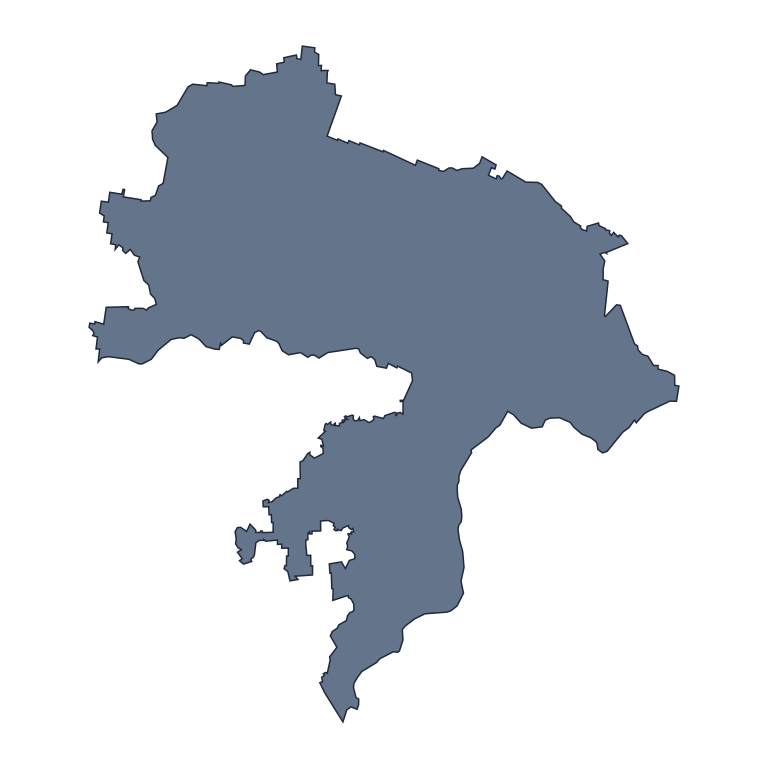 outline of Espinal, Veracruz, Mexico
{"feature_id": "50627088B15670819886365", "entity_name": "Espinal", "entity_type": "district", "adm_level": 2, "iso_a3": "MEX", "parent_name": "Mexico", "parent_adm1": "Veracruz", "projection": "robinson", "projection_center": [-97.51, 20.255], "detail": "fine", "context": "isolated", "style": "filled", "palette": "slate", "viewbox_px": 768, "rotation_deg": 0, "n_neighbors": 0, "source": "geoboundaries", "source_scale": "gbopen_adm2", "svg_char_len": 6086}
<svg xmlns="http://www.w3.org/2000/svg" viewBox="0 0 768 768"><path d="M676.5,401.3L678.9,386.1L674.8,385.3L674.6,375.3L667.2,371.3L658.0,369.1L658.1,365.5L653.6,365.5L647.9,356.2L642.4,354.5L638.0,349.8L637.6,345.9L634.5,343.9L620.3,305.3L616.5,304.8L605.4,316.5L604.5,315.6L608.1,281.1L603.1,279.7L603.2,268.5L604.8,260.9L600.0,254.2L604.6,252.4L606.7,253.5L606.4,252.4L627.8,243.6L621.6,235.9L619.3,235.1L618.0,236.9L613.7,232.4L611.3,235.4L609.5,233.3L609.7,230.7L605.4,229.8L605.5,228.6L599.1,225.7L598.5,223.0L587.2,226.3L586.6,230.9L582.4,229.7L580.4,227.7L580.7,226.1L573.7,221.8L570.3,216.4L561.5,208.3L561.5,206.1L555.3,201.5L541.7,184.4L537.7,182.4L525.8,182.1L507.1,171.0L502.3,178.6L500.7,178.6L499.2,176.1L497.2,175.6L496.2,178.9L490.8,176.4L488.5,175.3L491.4,167.7L494.9,169.1L496.1,164.9L482.1,156.8L479.7,163.3L473.3,168.2L462.0,168.7L457.1,170.4L452.0,167.9L448.9,168.0L443.6,171.4L438.8,170.4L438.8,168.7L417.3,160.1L415.4,165.3L383.5,150.4L383.0,151.8L360.0,142.9L359.3,144.9L348.9,140.6L347.8,143.2L337.9,138.9L337.4,140.4L327.1,136.1L341.4,96.0L335.5,94.7L334.8,84.2L326.9,82.9L327.4,71.1L328.7,70.4L321.1,70.6L321.5,65.4L318.5,65.5L318.7,54.5L314.6,52.1L314.8,47.8L302.3,46.1L300.8,59.4L297.1,58.7L296.3,55.0L283.8,57.7L284.2,62.2L276.6,63.9L277.4,72.0L263.3,74.6L259.7,72.1L250.5,69.8L245.4,76.0L245.0,84.8L243.9,85.6L232.8,86.3L231.4,84.8L218.9,82.0L218.8,83.3L207.2,82.7L206.9,85.7L192.7,84.2L188.0,86.9L177.1,105.4L165.4,112.3L156.2,113.9L157.1,121.9L152.0,130.8L152.6,139.3L155.3,145.4L167.9,157.5L163.1,183.4L158.7,185.9L155.3,195.5L151.0,197.4L150.3,200.8L141.0,201.1L141.1,199.7L123.4,196.9L124.6,189.6L123.1,189.2L121.8,194.2L109.8,192.3L108.4,202.2L101.3,201.2L99.6,213.1L104.2,215.9L103.4,221.9L108.2,222.7L106.8,232.9L112.0,233.8L110.6,243.8L115.7,244.7L115.2,249.4L118.8,244.9L122.8,247.8L122.8,250.6L125.7,253.4L130.3,249.4L134.4,255.2L139.7,257.1L137.9,261.7L143.9,280.6L148.7,284.9L150.5,294.1L154.8,298.5L156.3,304.4L148.5,307.8L146.7,310.1L143.1,308.4L135.0,308.3L134.5,309.7L131.7,310.3L128.2,308.5L128.5,306.7L106.2,307.3L103.7,324.2L95.0,321.6L94.6,324.0L89.8,323.1L89.1,327.4L93.1,331.0L93.9,333.7L92.7,335.6L97.5,337.0L96.0,349.0L99.6,349.1L98.2,361.9L101.8,357.8L108.5,356.7L128.9,359.3L139.1,363.9L142.2,363.9L151.3,359.3L158.2,350.2L171.2,339.4L179.6,337.7L184.0,338.3L191.1,334.7L198.8,338.9L206.1,346.7L214.9,349.1L219.2,349.5L220.5,343.4L221.4,345.4L232.3,336.9L240.6,338.4L243.6,340.7L243.4,343.0L249.3,344.1L254.6,332.6L258.4,330.7L260.6,331.2L266.8,337.8L276.5,341.2L278.9,343.5L282.1,350.7L288.6,354.8L300.5,352.6L307.8,357.3L311.1,355.1L314.4,355.2L319.0,358.1L327.9,352.5L355.8,348.3L358.7,348.8L360.4,353.0L367.5,358.4L371.1,356.6L374.7,359.6L376.8,366.3L386.4,368.2L388.4,363.4L396.8,367.9L397.6,366.1L411.6,373.0L412.5,380.8L403.6,400.2L400.2,400.4L400.3,401.5L403.1,401.5L403.0,414.1L400.3,412.5L396.9,413.2L396.8,414.9L395.8,415.3L396.4,413.4L394.8,412.3L384.9,415.6L383.5,418.5L374.4,416.1L373.2,416.9L374.0,419.0L372.7,420.6L369.1,422.6L364.0,419.6L360.0,420.7L359.4,417.6L357.7,420.4L354.8,421.0L353.0,418.7L353.4,415.7L352.2,415.1L347.5,416.7L345.5,415.9L344.4,416.9L347.3,419.2L345.0,418.9L344.2,419.7L344.9,420.9L343.1,422.5L342.6,419.4L341.8,422.5L339.5,423.5L339.4,425.9L335.6,425.6L335.2,423.1L334.0,424.1L334.8,425.5L331.1,424.8L330.7,422.0L327.6,424.4L326.0,423.5L325.1,424.6L323.8,430.6L325.5,431.3L318.2,438.0L321.8,439.3L323.6,446.2L321.0,445.2L320.7,446.4L323.0,448.5L323.2,453.5L314.4,458.1L309.8,454.7L309.9,452.3L307.7,453.6L303.0,460.6L300.0,462.0L300.3,478.7L297.7,478.8L297.8,488.2L293.4,488.3L287.6,491.9L286.8,491.3L281.5,495.9L280.1,494.7L279.1,496.9L276.2,497.8L271.9,501.8L268.5,502.7L269.1,500.3L267.1,499.3L262.9,501.0L263.2,506.8L268.7,506.7L269.1,514.8L271.3,514.7L271.6,522.6L273.2,522.6L273.1,532.3L262.2,532.6L262.3,531.1L260.7,531.0L260.1,532.4L255.7,532.4L255.7,530.0L250.0,524.1L246.7,531.4L240.4,527.2L237.3,527.7L235.1,531.8L236.2,538.9L235.6,543.9L238.2,547.9L241.4,549.7L237.5,552.2L242.2,558.8L239.5,560.7L243.5,564.1L251.7,561.5L250.8,559.1L253.5,557.1L254.5,554.5L255.9,542.6L259.4,540.4L263.6,540.4L263.7,539.5L265.6,541.2L277.4,540.1L277.5,544.4L281.7,544.1L281.7,548.2L288.3,548.1L288.3,556.0L286.6,556.0L286.4,565.6L284.9,565.6L284.1,568.7L287.8,571.5L290.0,580.9L298.0,579.5L295.1,576.2L312.5,575.0L312.6,565.8L310.8,565.9L310.7,555.3L306.8,555.4L305.7,542.9L306.2,539.7L307.9,539.7L307.8,533.6L309.5,531.8L309.5,533.9L312.0,533.9L312.0,531.2L320.7,530.9L320.6,521.0L328.4,520.5L333.9,523.2L333.3,525.7L335.1,527.2L334.0,529.6L335.6,530.7L337.6,530.6L337.4,529.4L341.1,530.6L343.0,527.9L348.4,525.6L348.9,527.8L351.4,529.5L352.8,528.5L353.8,531.9L351.8,531.7L350.8,532.7L351.4,533.9L347.9,533.9L349.3,536.9L346.7,543.2L347.7,546.4L346.7,549.6L352.0,551.0L354.7,554.3L354.8,558.7L349.3,560.5L345.3,568.6L341.5,561.9L329.3,563.9L329.9,573.2L331.3,573.1L331.8,588.7L333.2,589.0L332.8,600.4L348.0,595.4L348.5,597.6L351.3,599.3L353.8,604.3L353.9,609.4L353.2,611.3L349.8,612.7L347.6,615.6L346.4,620.6L339.0,624.7L337.0,628.4L332.4,631.4L330.3,635.9L336.9,647.3L329.6,656.9L330.2,659.8L327.3,673.3L325.7,672.4L323.4,673.6L324.4,675.4L321.7,677.2L322.6,681.7L319.8,682.7L324.8,692.9L342.9,721.9L346.8,709.8L351.0,706.9L357.1,709.3L358.6,704.9L358.7,699.1L356.0,697.5L353.5,687.6L353.9,683.4L357.6,677.2L361.8,671.5L376.6,662.5L379.6,658.9L393.1,651.8L397.8,652.2L399.4,651.1L403.0,639.9L402.3,629.7L404.8,626.3L414.9,618.7L425.0,613.8L447.2,612.1L451.0,610.7L457.1,605.9L463.5,593.1L461.0,581.2L464.0,567.5L462.7,551.6L459.4,539.6L458.0,529.3L458.7,525.3L461.3,521.5L461.8,516.5L461.3,509.4L457.7,497.2L457.3,491.6L457.3,485.1L458.9,481.5L459.0,476.1L460.8,470.5L471.6,452.7L471.1,449.9L488.0,437.1L496.1,427.7L499.8,425.3L507.7,411.4L513.5,414.7L521.1,423.2L531.6,428.2L542.3,426.8L545.1,420.3L549.6,418.2L559.4,417.7L570.3,422.4L573.6,427.0L582.0,434.2L590.9,437.8L595.6,441.4L597.0,443.5L597.9,449.5L602.6,452.9L607.2,451.3L622.8,432.1L629.1,427.5L634.4,420.1L636.3,422.8L644.5,413.5L648.2,411.4L669.8,401.1L676.5,401.3Z" fill="#64748b" stroke="#1e293b" stroke-width="1.5"/></svg>